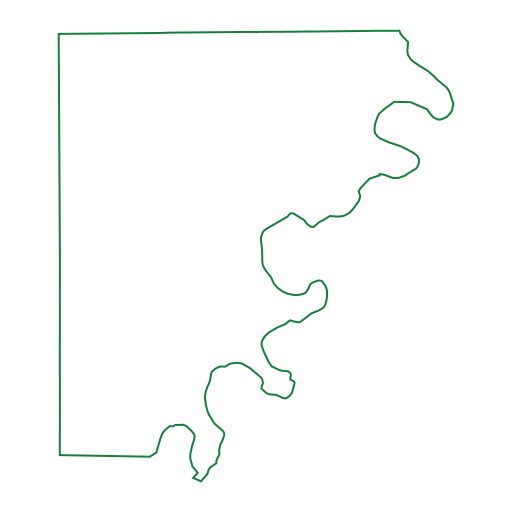 outline of Mississippi, Arkansas, United States of America
{"feature_id": "52423323B91490874625057", "entity_name": "Mississippi", "entity_type": "district", "adm_level": 2, "iso_a3": "USA", "parent_name": "United States of America", "parent_adm1": "Arkansas", "projection": "mercator", "projection_center": [-89.907, 35.702], "detail": "fine", "context": "isolated", "style": "outline", "palette": "green", "viewbox_px": 512, "rotation_deg": 0, "n_neighbors": 0, "source": "geoboundaries", "source_scale": "gbopen_adm2", "svg_char_len": 3073}
<svg xmlns="http://www.w3.org/2000/svg" viewBox="0 0 512 512"><path d="M260.6,31.9L260.3,31.9L259.6,31.8L257.0,32.1L252.5,31.9L172.0,32.6L158.2,33.0L157.6,33.0L138.3,33.2L58.7,33.9L59.9,258.1L59.8,373.3L59.9,379.7L59.8,455.1L149.8,456.7L156.3,452.6L160.2,439.1L161.8,434.7L163.1,432.4L165.6,429.6L169.7,426.2L173.3,426.3L175.2,425.0L183.6,424.8L186.6,426.3L191.5,430.9L194.1,434.3L194.5,435.3L194.5,438.3L192.0,446.3L190.3,454.3L190.3,458.6L192.5,466.6L197.7,472.7L193.2,477.9L201.0,481.3L203.8,478.1L207.1,474.4L207.9,472.5L208.6,469.7L209.6,468.2L210.8,466.9L216.3,463.3L216.5,460.4L217.7,457.6L218.9,455.6L219.4,454.0L219.2,450.4L219.4,448.2L220.8,443.3L222.2,441.0L224.2,435.4L224.1,433.1L223.2,431.3L214.3,423.4L209.0,414.7L207.6,411.5L206.0,405.6L204.9,397.4L205.6,392.1L207.4,386.6L208.3,385.0L210.0,380.7L211.3,372.7L212.6,371.0L215.5,368.6L218.2,367.3L221.1,366.4L225.1,366.7L228.8,364.3L230.6,363.6L236.3,362.8L240.0,363.1L242.2,363.6L250.2,368.3L261.1,377.5L262.2,379.2L262.9,382.9L262.8,383.9L261.6,386.2L261.6,388.4L262.5,389.6L265.6,392.4L267.6,393.7L269.4,394.3L276.4,394.9L282.8,398.0L285.2,398.4L287.6,397.5L289.7,395.8L291.5,393.4L292.3,391.6L294.6,383.1L294.3,382.0L293.6,381.2L291.6,380.2L291.4,380.1L290.4,379.7L290.3,377.9L290.9,375.7L290.4,373.1L288.3,371.4L286.3,371.0L282.2,370.8L279.2,370.0L271.6,366.3L269.6,363.4L268.2,361.0L263.8,351.6L262.3,347.5L261.5,344.5L261.5,343.1L262.2,340.7L263.8,337.8L265.7,335.4L269.2,332.3L277.1,327.6L285.0,324.3L289.5,320.7L290.5,320.3L293.3,321.3L297.1,322.2L298.8,322.3L300.5,321.8L311.4,313.4L319.2,310.3L323.6,307.5L325.3,304.7L326.5,300.1L327.1,295.7L326.9,290.2L325.5,286.0L322.2,281.4L320.7,280.7L318.6,280.4L314.1,281.9L311.0,283.6L310.2,284.6L307.5,290.2L306.2,292.0L305.0,293.1L302.8,294.0L297.7,295.1L293.2,294.9L287.6,293.7L283.1,291.8L278.0,288.2L274.1,284.0L270.8,276.9L266.3,271.3L264.3,268.3L262.8,265.2L262.3,261.5L262.1,249.3L260.9,240.1L261.0,237.2L262.5,232.9L263.9,230.8L266.2,229.0L287.5,216.6L289.0,214.8L290.9,213.2L293.6,213.5L304.3,220.3L307.1,224.1L311.0,226.8L313.7,226.9L319.2,222.1L322.9,220.3L329.9,216.0L338.1,216.6L343.0,216.0L345.3,215.2L349.5,212.8L350.4,211.9L352.6,209.5L358.8,201.1L360.0,197.6L360.1,195.7L358.7,191.2L360.6,188.0L369.5,178.7L379.5,175.4L379.5,174.1L384.1,174.7L393.2,178.1L398.7,177.9L405.3,175.5L407.4,173.8L415.9,168.7L417.2,167.2L418.5,164.2L419.0,161.2L418.8,159.1L417.8,156.7L416.9,155.5L413.9,153.1L401.5,146.5L389.3,142.5L380.2,138.5L377.1,136.0L375.2,133.3L374.7,131.6L374.5,128.3L375.0,124.9L375.6,122.3L377.5,117.0L379.3,113.5L385.1,108.4L394.3,101.8L410.5,102.2L426.9,109.2L430.8,114.5L433.7,117.7L438.3,119.6L440.7,119.5L445.5,117.7L446.9,116.8L449.9,113.8L451.9,110.8L453.4,103.6L452.3,100.8L450.1,93.4L448.9,90.7L446.5,87.4L437.3,79.8L433.9,76.2L427.6,70.8L419.7,66.0L413.3,61.6L410.7,59.2L408.1,55.2L407.6,53.2L407.4,50.4L408.1,42.5L407.9,41.8L402.2,36.1L400.5,33.5L399.3,30.7L396.6,30.8L376.7,30.8L316.0,31.5L312.6,31.5L312.3,31.5L312.0,31.5L299.1,31.6L296.3,31.7L296.1,31.7L260.6,31.9Z" fill="none" stroke="#15803d" stroke-width="2"/></svg>